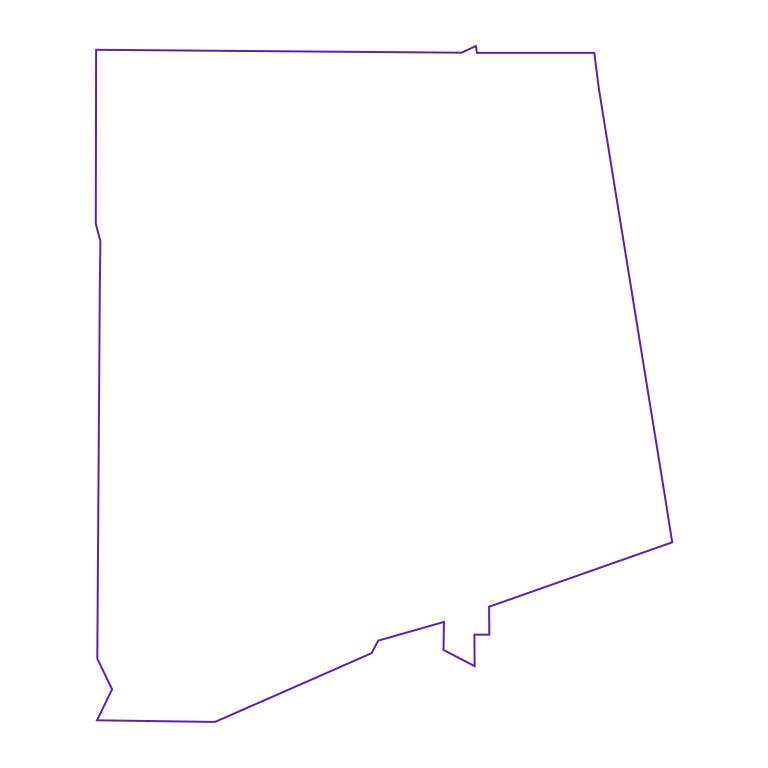 Troup, Georgia, United States of America, rotated 180°
{"feature_id": "52423323B50058695847591", "entity_name": "Troup", "entity_type": "district", "adm_level": 2, "iso_a3": "USA", "parent_name": "United States of America", "parent_adm1": "Georgia", "projection": "natural_earth1", "projection_center": [-85.058, 33.046], "detail": "fine", "context": "isolated", "style": "outline", "palette": "violet", "viewbox_px": 768, "rotation_deg": 180, "n_neighbors": 0, "source": "geoboundaries", "source_scale": "gbopen_adm2", "svg_char_len": 521}
<svg xmlns="http://www.w3.org/2000/svg" viewBox="0 0 768 768"><g transform="rotate(180 384 384)"><path d="M102.2,266.2L116.1,352.1L118.3,365.4L140.6,503.1L147.9,547.9L169.0,678.4L173.7,715.1L291.0,715.1L292.2,721.9L306.4,715.3L671.8,718.2L671.9,710.9L672.2,544.2L667.6,526.6L668.2,478.5L670.7,109.3L655.9,78.7L671.0,47.7L563.3,46.2L552.9,46.1L396.5,114.8L389.7,127.4L324.0,146.1L324.5,118.0L293.4,101.9L293.6,133.3L278.7,133.3L278.9,161.3L95.8,225.7L102.2,266.2Z" fill="none" stroke="#5b21b6" stroke-width="2"/></g></svg>